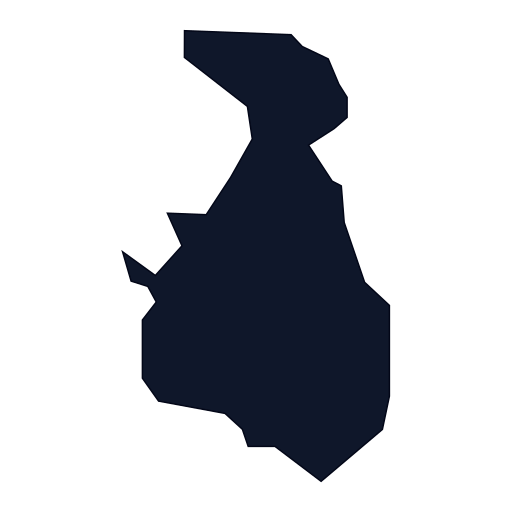 Durrës, Durrës, Albania (Robinson projection)
{"feature_id": "67620474B45959085094100", "entity_name": "Durrës", "entity_type": "district", "adm_level": 2, "iso_a3": "ALB", "parent_name": "Albania", "parent_adm1": "Durrës", "projection": "robinson", "projection_center": [19.515, 41.413], "detail": "fine", "context": "isolated", "style": "filled", "palette": "ink", "viewbox_px": 512, "rotation_deg": 0, "n_neighbors": 0, "source": "geoboundaries", "source_scale": "gbopen_adm2", "svg_char_len": 568}
<svg xmlns="http://www.w3.org/2000/svg" viewBox="0 0 512 512"><path d="M291.1,34.7L184.5,30.7L184.4,57.4L247.4,106.4L252.3,139.0L230.5,177.6L206.2,214.7L167.4,213.2L182.0,245.8L155.3,275.5L122.6,251.8L131.1,281.1L147.8,286.4L156.3,302.0L142.4,320.0L142.4,378.2L158.6,401.1L225.0,413.4L242.4,429.3L248.2,446.4L275.0,446.4L321.1,481.3L382.4,429.4L389.4,396.2L389.4,305.4L364.6,282.3L344.2,222.5L341.3,185.9L332.1,181.1L308.5,145.1L334.1,128.6L347.1,117.4L347.1,97.3L338.9,84.3L328.2,58.9L302.2,46.5L291.1,34.7Z" fill="#0f172a" stroke="#020617" stroke-width="1.5"/></svg>